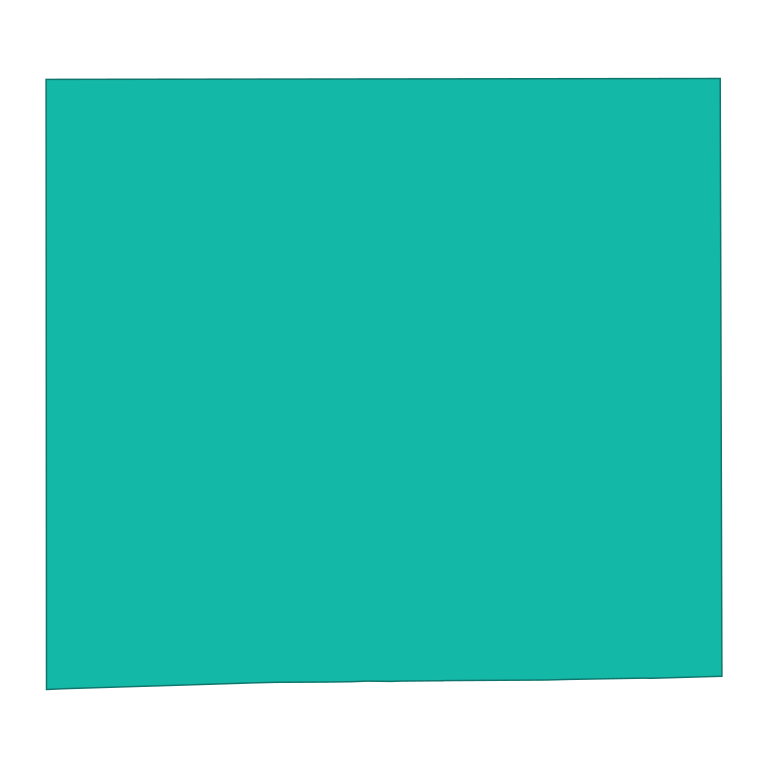 Appanoose, Iowa, United States of America (Mercator projection)
{"feature_id": "52423323B22987820366787", "entity_name": "Appanoose", "entity_type": "district", "adm_level": 2, "iso_a3": "USA", "parent_name": "United States of America", "parent_adm1": "Iowa", "projection": "mercator", "projection_center": [-92.849, 40.741], "detail": "fine", "context": "isolated", "style": "filled", "palette": "teal", "viewbox_px": 768, "rotation_deg": 0, "n_neighbors": 0, "source": "geoboundaries", "source_scale": "gbopen_adm2", "svg_char_len": 389}
<svg xmlns="http://www.w3.org/2000/svg" viewBox="0 0 768 768"><path d="M46.1,79.4L46.5,689.5L63.8,688.7L251.7,682.9L275.4,682.3L331.4,682.0L351.6,681.7L367.2,681.1L390.9,681.4L399.2,681.1L432.0,680.8L442.4,680.8L442.3,680.6L546.2,680.0L568.5,679.4L609.2,678.7L645.5,678.1L650.2,678.3L720.0,676.3L721.9,676.3L720.2,78.5L46.1,79.4Z" fill="#14b8a6" stroke="#0f766e" stroke-width="1.5"/></svg>